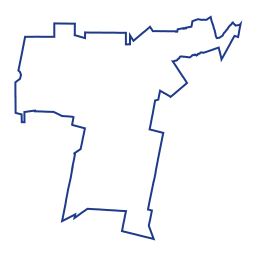 Tercero Arriba, Córdoba, Argentina
{"feature_id": "61730980B38611506941533", "entity_name": "Tercero Arriba", "entity_type": "district", "adm_level": 2, "iso_a3": "ARG", "parent_name": "Argentina", "parent_adm1": "Córdoba", "projection": "equal_earth", "projection_center": [-63.538, -32.374], "detail": "fine", "context": "isolated", "style": "outline", "palette": "blue", "viewbox_px": 256, "rotation_deg": 0, "n_neighbors": 0, "source": "geoboundaries", "source_scale": "gbopen_adm2", "svg_char_len": 5385}
<svg xmlns="http://www.w3.org/2000/svg" viewBox="0 0 256 256"><path d="M153.7,239.0L148.8,225.8L148.9,225.1L150.1,219.7L151.2,214.1L151.9,210.5L148.0,209.5L149.4,202.2L152.3,188.1L153.3,183.2L153.6,181.4L153.9,181.1L155.4,173.6L156.0,169.7L156.5,167.1L157.5,162.1L158.2,158.2L158.9,154.8L159.6,151.1L160.6,146.3L160.9,144.6L161.4,142.2L161.6,141.1L162.0,139.3L162.3,137.5L163.3,132.9L149.6,129.4L150.6,124.6L152.1,116.6L152.6,114.4L153.1,111.6L154.6,103.3L155.1,100.5L157.4,99.9L158.3,99.6L159.0,95.9L159.9,91.6L160.1,90.7L161.2,91.4L162.4,92.0L163.6,92.8L165.2,93.6L166.6,94.4L168.1,95.3L170.4,96.6L170.6,96.9L174.7,93.5L178.9,89.9L187.0,83.0L184.1,78.4L182.4,76.0L181.3,74.2L180.5,73.1L179.4,71.4L178.4,69.9L177.0,67.7L174.3,63.6L173.8,62.8L172.8,61.4L173.4,61.4L173.8,61.2L174.1,61.0L174.5,61.0L174.8,60.8L175.2,60.8L175.4,60.7L175.9,60.6L176.4,60.6L176.9,60.3L177.3,60.0L177.6,59.3L177.8,59.2L178.4,58.9L178.5,58.7L178.8,58.5L179.1,58.3L179.4,58.0L179.5,57.5L180.0,56.7L180.3,56.6L180.7,56.5L181.4,56.6L182.0,56.4L182.8,56.5L183.4,56.8L183.9,56.8L184.6,56.7L185.1,56.8L185.6,56.9L186.3,57.0L186.8,57.0L187.5,57.1L187.9,57.2L188.2,57.2L188.8,57.3L189.1,57.4L189.4,57.4L189.8,57.3L190.0,57.1L190.3,57.0L190.6,56.9L191.0,56.5L191.3,56.3L191.6,56.1L191.8,55.9L191.9,55.7L192.1,55.4L192.4,55.2L192.6,55.2L192.9,55.1L193.1,55.1L193.5,54.9L193.9,55.1L194.2,55.1L194.3,55.1L194.5,54.8L194.6,54.7L194.9,54.6L195.0,54.7L195.3,54.7L195.6,54.7L195.8,54.8L195.9,55.0L196.0,55.2L196.2,55.3L196.4,55.4L196.5,55.5L196.7,55.4L196.9,55.3L197.1,55.2L197.3,55.1L197.3,54.8L197.4,54.6L197.6,54.4L197.7,54.2L197.9,54.2L198.0,54.2L198.2,53.9L198.3,53.8L198.5,53.7L198.8,53.8L199.0,53.8L199.3,53.8L199.6,53.7L200.1,53.0L200.3,52.9L200.5,52.6L201.0,52.5L201.4,52.4L201.7,52.4L201.8,52.5L202.2,52.6L202.4,52.7L202.9,52.7L203.2,52.8L203.3,52.8L203.5,52.7L203.9,52.6L204.1,52.5L204.7,52.4L206.5,51.8L210.8,50.3L213.2,49.5L213.7,49.3L216.2,48.4L218.7,47.6L218.8,48.3L219.1,49.2L219.4,50.6L220.0,52.6L220.2,53.7L220.8,56.1L221.2,57.6L221.5,59.4L222.3,58.0L222.8,57.1L223.6,55.7L225.1,53.0L228.1,47.5L229.9,44.3L230.6,42.9L231.4,41.4L234.0,36.7L234.6,35.9L238.1,37.0L238.6,34.6L239.5,29.3L240.6,23.8L240.0,24.5L239.3,24.9L238.7,25.1L237.9,25.2L237.2,25.3L236.6,25.4L236.1,25.5L235.4,25.5L235.3,25.4L235.2,25.0L234.9,24.8L234.7,24.6L234.4,24.4L234.2,24.1L233.9,23.8L233.6,23.5L233.3,23.2L233.2,23.0L232.9,22.8L232.8,22.6L232.5,22.9L232.3,23.1L232.0,23.2L231.9,23.6L231.7,23.8L231.5,24.0L231.3,24.4L231.0,24.7L230.7,24.9L230.4,25.2L230.1,25.4L229.8,25.6L229.6,26.0L229.3,26.3L229.2,26.4L228.9,26.7L228.8,26.9L228.6,27.2L228.4,27.4L228.2,27.8L228.0,28.1L227.7,28.7L227.4,29.2L227.1,29.5L226.8,29.8L226.5,30.0L226.4,30.2L226.3,30.4L226.0,30.6L225.8,30.8L225.6,31.4L225.3,31.8L224.6,32.4L224.3,32.6L223.4,33.9L223.3,34.2L222.8,35.2L222.8,35.3L222.6,35.5L222.4,35.8L222.2,36.0L221.8,36.2L221.5,36.4L220.9,36.7L220.6,36.9L220.3,37.2L219.8,37.5L219.5,37.7L219.0,37.8L218.7,37.8L218.4,37.9L217.4,38.0L217.1,38.1L216.9,38.1L216.6,37.7L216.4,37.3L216.2,37.0L216.1,36.7L215.9,36.3L215.8,36.0L215.8,35.7L215.7,35.5L215.6,34.9L215.5,34.5L215.5,34.3L215.4,34.0L215.4,33.9L215.4,33.4L215.2,32.7L215.0,32.2L214.9,31.6L214.8,31.1L214.8,30.6L214.4,29.8L214.1,28.9L214.0,28.4L213.7,27.7L213.5,27.0L213.5,26.6L213.3,26.0L213.2,25.7L213.1,25.4L211.5,20.7L210.7,17.0L208.9,18.1L206.5,19.8L205.6,19.8L204.2,19.8L203.3,19.7L201.3,19.9L199.8,19.5L197.9,19.2L195.1,20.2L192.4,21.2L192.2,22.5L191.9,24.4L191.4,26.7L186.0,27.7L186.0,28.3L183.7,28.7L183.7,28.1L177.7,29.3L177.2,31.7L175.8,31.7L175.6,31.3L161.6,31.2L155.2,31.1L152.8,31.1L151.0,28.3L150.0,26.8L148.0,28.6L144.9,31.2L142.9,32.8L138.5,36.5L133.5,40.8L132.0,38.5L130.5,36.2L130.0,35.4L130.0,44.3L125.9,44.4L125.9,32.8L124.4,32.8L117.4,32.8L115.6,32.7L107.4,32.7L105.8,32.7L99.7,32.6L95.8,32.6L93.9,32.6L90.3,32.6L86.4,32.5L85.1,32.4L85.0,37.0L85.0,38.1L80.7,36.9L77.1,35.8L74.7,35.2L74.8,33.2L74.8,26.6L74.9,23.7L72.4,23.7L69.5,23.6L59.5,23.5L54.3,23.4L54.3,26.8L54.3,27.7L54.3,29.2L54.3,36.8L40.9,36.8L40.6,36.7L30.8,36.8L25.1,36.8L21.5,55.4L18.4,70.6L19.2,71.2L19.7,71.7L19.9,72.0L20.3,72.9L21.0,74.9L20.0,78.8L15.4,82.3L15.4,87.0L15.4,96.2L15.5,96.2L15.6,112.9L17.9,113.5L21.6,114.4L21.8,122.2L24.5,122.2L24.4,112.0L26.8,111.7L30.2,111.2L32.4,110.9L35.0,110.6L35.0,111.3L36.7,111.3L38.3,111.4L39.6,111.4L39.9,111.5L40.2,111.4L45.9,111.7L49.7,111.8L52.2,111.9L53.5,111.9L54.9,112.5L59.0,114.5L60.0,115.0L61.5,115.8L62.0,116.0L63.6,116.1L66.1,116.3L67.4,116.3L71.3,116.7L72.7,116.8L73.5,117.2L73.0,120.0L72.7,121.5L72.1,124.7L72.3,125.0L72.5,125.0L74.7,125.6L83.7,128.0L84.9,128.3L83.9,133.5L82.8,138.5L82.0,142.7L80.9,147.8L80.6,148.9L80.6,149.1L77.2,151.4L75.8,152.3L75.2,152.7L74.3,153.3L74.3,153.5L75.0,153.7L74.3,158.0L73.4,162.3L72.9,164.5L72.3,167.8L72.5,167.7L71.5,173.1L70.8,177.4L69.4,183.7L68.2,189.0L66.9,196.0L66.2,199.4L65.5,204.0L62.1,221.1L64.5,219.9L72.9,215.6L75.2,214.4L74.5,218.0L78.0,215.5L82.5,212.2L87.4,208.9L87.5,208.8L90.8,209.0L92.2,209.1L94.1,209.2L96.2,209.3L98.3,209.4L100.1,209.5L104.0,209.8L106.0,209.9L108.1,210.1L109.5,210.1L112.0,210.3L113.3,210.3L118.5,210.7L120.9,210.9L121.9,210.9L123.7,211.0L126.0,211.1L125.4,213.8L124.2,220.0L123.9,221.3L123.1,225.2L122.3,229.7L122.0,231.1L127.6,232.5L131.7,233.5L135.8,234.5L140.0,235.6L143.3,236.4L147.1,237.3L150.3,238.1L152.4,238.6L153.7,239.0Z" fill="none" stroke="#1e3a8a" stroke-width="2"/></svg>